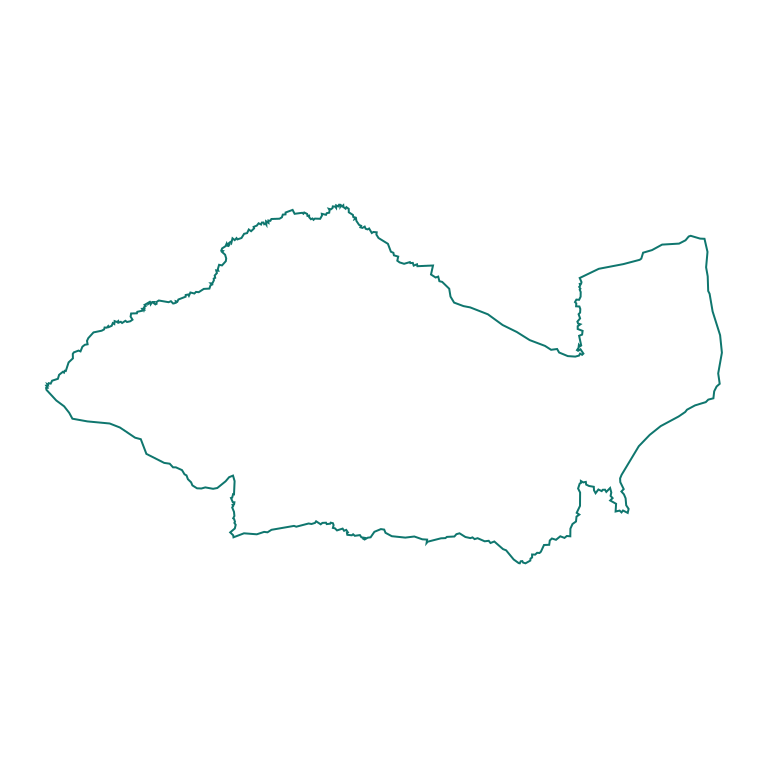 the district of Sawang Arom, Uthai Thani, Thailand
{"feature_id": "78962969B79661322600034", "entity_name": "Sawang Arom", "entity_type": "district", "adm_level": 2, "iso_a3": "THA", "parent_name": "Thailand", "parent_adm1": "Uthai Thani", "projection": "natural_earth1", "projection_center": [99.718, 15.604], "detail": "fine", "context": "isolated", "style": "outline", "palette": "teal", "viewbox_px": 768, "rotation_deg": 0, "n_neighbors": 0, "source": "geoboundaries", "source_scale": "gbopen_adm2", "svg_char_len": 6093}
<svg xmlns="http://www.w3.org/2000/svg" viewBox="0 0 768 768"><path d="M46.5,389.9L56.3,400.5L64.1,406.3L69.2,412.8L72.4,418.7L87.4,421.4L109.7,423.5L119.9,427.5L135.1,437.7L140.8,439.2L146.4,453.9L164.2,462.9L169.7,463.7L173.0,467.3L175.8,467.3L182.0,470.1L184.5,474.3L186.5,475.4L187.9,479.2L191.1,482.3L192.4,485.4L197.0,488.3L201.4,488.5L205.3,487.4L213.1,488.8L217.3,488.0L225.6,481.3L229.1,477.2L233.0,475.6L234.6,481.1L234.0,494.3L233.1,494.1L232.2,497.6L231.0,498.0L232.8,502.2L234.4,502.3L234.1,504.2L232.6,504.9L233.3,505.8L232.2,507.5L234.0,511.9L234.4,516.0L233.2,518.3L234.1,519.0L235.0,521.8L234.4,522.9L235.7,524.8L234.8,528.5L230.2,532.4L233.2,535.3L233.5,537.3L244.0,533.3L256.8,534.3L264.1,531.9L267.5,532.3L271.5,529.8L294.0,525.9L296.3,526.7L308.6,523.5L311.5,524.0L315.0,522.9L316.1,521.3L320.7,524.3L322.4,522.9L326.0,522.7L326.7,524.1L330.2,523.7L330.7,522.7L332.9,523.2L333.6,525.1L332.9,527.9L334.9,528.3L337.0,530.4L342.6,528.6L344.1,530.8L346.2,529.9L347.9,532.4L346.9,532.9L347.3,534.8L351.8,535.3L353.1,534.3L354.8,535.8L359.9,535.1L361.4,537.3L364.4,537.8L363.4,538.8L364.6,539.5L367.7,537.7L370.6,537.3L374.4,531.8L380.9,529.1L384.2,529.6L385.5,532.8L391.8,536.2L405.3,537.6L414.3,536.5L422.3,539.3L427.1,539.6L426.6,543.0L427.7,541.7L441.0,538.3L445.4,538.1L446.9,536.9L454.4,536.5L456.4,534.2L459.5,533.3L465.4,537.0L470.4,538.1L472.5,537.4L474.6,539.1L477.6,538.2L484.7,541.3L488.7,540.8L490.5,543.0L494.3,541.5L503.0,549.1L506.1,550.3L513.7,559.5L518.7,563.1L519.8,563.3L520.7,561.3L522.3,561.1L523.1,562.6L525.5,563.3L530.3,560.6L530.5,558.6L532.1,557.5L532.1,554.5L535.2,554.6L537.1,552.8L539.5,553.0L540.9,551.7L544.0,545.0L549.2,544.8L549.8,540.5L551.9,538.5L556.0,539.8L560.3,536.3L564.5,537.9L566.8,536.0L570.3,536.3L570.4,528.7L572.5,524.0L576.0,521.5L576.5,516.6L579.3,514.6L576.7,512.8L580.0,505.9L580.1,492.5L578.1,488.5L579.7,483.6L580.9,483.0L580.9,481.0L583.2,482.4L585.8,481.9L586.2,484.6L589.1,486.0L593.8,486.8L594.0,490.3L595.6,493.2L598.4,489.5L601.7,491.1L602.7,489.8L605.0,489.7L606.3,491.9L610.1,488.0L611.3,492.5L610.6,495.9L612.6,498.1L610.2,500.5L616.1,503.8L615.6,511.5L619.6,510.6L621.5,512.4L623.0,510.5L627.7,512.9L628.6,508.9L626.2,505.3L625.6,498.3L623.9,494.3L621.4,491.5L623.7,489.1L620.3,482.2L620.1,478.4L621.6,474.8L638.8,446.2L649.8,434.8L660.7,426.1L678.6,416.5L685.2,412.0L687.0,409.7L695.0,405.4L705.8,402.1L708.3,399.6L713.4,398.3L714.2,391.3L716.6,386.5L719.7,383.8L718.2,373.4L721.9,352.7L720.1,335.2L712.6,311.4L709.6,293.8L708.2,291.0L707.7,276.3L706.1,267.3L707.5,251.9L704.5,238.8L700.1,238.6L690.7,235.8L688.7,236.5L685.5,240.3L679.1,243.6L662.1,244.6L652.0,250.1L643.1,252.7L641.3,258.6L639.7,259.8L623.4,264.1L598.8,268.8L579.7,278.0L581.5,282.1L581.1,283.8L579.8,283.9L580.2,285.7L579.2,286.9L580.4,288.7L579.7,289.7L580.7,292.0L580.6,296.7L579.1,299.8L576.4,299.6L575.0,302.1L576.3,303.4L576.1,306.3L579.4,306.5L580.3,309.0L580.1,312.6L578.6,314.2L580.1,318.4L577.4,321.6L578.1,323.5L580.4,324.3L577.7,326.2L577.7,329.0L582.6,330.9L582.1,334.6L579.1,335.8L581.2,345.5L580.0,346.3L578.9,344.9L578.5,347.9L577.0,350.1L578.1,350.8L580.5,349.3L583.4,353.6L582.1,354.8L580.1,353.6L579.0,355.6L575.3,356.6L567.8,356.1L559.1,352.5L557.1,349.0L551.1,349.8L545.0,345.9L529.7,340.1L516.8,332.0L502.6,325.0L487.9,314.3L470.2,307.4L463.5,306.1L454.1,302.6L450.5,296.6L449.2,288.7L442.2,281.9L439.4,281.2L438.2,276.6L435.6,277.5L431.0,274.5L433.0,265.5L417.4,266.2L417.0,264.3L413.7,265.6L412.8,262.9L410.3,263.1L409.9,262.1L404.1,263.8L399.6,262.4L397.3,260.7L398.2,256.6L393.9,255.3L393.4,252.8L390.9,251.7L387.9,243.8L378.5,238.0L376.4,234.6L376.7,232.3L373.4,232.0L371.8,233.0L369.1,228.5L367.6,229.4L365.7,228.8L364.7,226.6L362.4,227.9L360.4,227.3L361.1,225.8L359.1,224.9L356.4,220.9L356.0,218.4L354.6,219.1L355.2,217.5L353.3,217.0L352.9,214.9L348.8,212.3L348.7,208.8L346.4,207.2L345.6,208.7L343.5,207.1L343.3,205.3L342.1,206.4L341.1,205.4L340.3,206.7L340.2,204.8L339.1,204.7L338.1,206.4L336.2,205.4L336.1,207.8L335.2,206.6L332.8,206.4L332.5,208.1L330.9,209.3L328.8,208.8L329.6,210.2L329.2,212.7L326.7,213.2L326.0,214.8L321.8,213.8L322.0,215.5L320.2,218.8L314.9,218.6L313.5,219.8L312.5,218.5L310.9,219.2L309.2,217.3L309.1,215.6L307.5,215.9L307.1,213.9L304.2,212.5L303.4,213.7L302.2,212.8L294.6,213.8L292.6,209.9L285.6,212.5L285.5,214.4L282.8,214.6L281.9,217.3L279.5,218.7L271.4,219.0L270.4,220.8L268.4,220.5L268.5,222.9L266.1,221.3L266.3,224.7L265.5,223.5L264.2,224.2L263.5,222.5L261.8,222.6L261.1,224.5L258.6,223.3L256.8,225.6L253.6,226.9L254.1,228.4L251.1,231.2L248.8,229.5L247.1,233.1L244.1,233.8L241.5,238.0L237.4,239.4L236.5,238.1L234.7,240.1L232.5,238.3L231.3,243.2L230.3,242.0L228.3,243.7L229.4,244.6L228.5,246.0L227.2,245.7L226.6,243.7L225.5,246.2L222.1,248.4L221.3,250.6L223.0,251.0L222.1,252.0L225.1,254.7L226.2,258.5L225.8,261.2L222.0,265.4L219.1,264.8L217.8,269.2L218.3,270.7L216.2,270.4L216.9,273.1L214.7,275.5L215.2,277.8L213.7,278.6L213.9,280.3L212.4,283.3L210.7,283.3L212.0,284.6L210.5,285.3L209.4,288.6L203.8,288.9L198.7,292.2L196.0,291.9L194.4,293.5L190.4,292.5L188.9,295.8L188.2,294.5L185.7,295.0L185.6,296.7L178.4,299.5L177.3,301.8L175.7,301.2L175.9,302.7L174.3,303.3L173.1,303.5L170.9,301.2L168.6,302.2L158.8,300.5L156.4,302.1L156.6,303.8L155.4,304.4L153.6,303.0L154.1,302.0L152.3,302.0L150.7,304.3L150.3,302.5L148.6,303.7L148.9,302.4L144.6,304.9L145.7,306.0L144.0,307.3L144.6,308.6L144.2,309.6L144.0,308.7L142.6,308.8L143.6,309.7L142.3,309.7L142.4,310.7L137.3,311.8L136.9,313.3L131.1,313.5L130.6,316.6L132.5,319.7L130.2,321.3L127.0,322.0L125.4,320.8L122.1,323.0L120.8,321.8L118.4,322.7L118.2,321.1L117.0,322.0L114.6,321.1L114.3,324.0L112.8,323.1L111.7,325.8L108.7,327.1L108.2,326.1L106.8,327.7L104.6,327.5L104.1,329.4L101.7,330.7L93.5,332.4L88.3,338.1L87.0,340.9L87.6,344.3L84.8,344.8L82.4,346.7L80.5,351.4L78.5,350.6L73.8,352.4L72.8,353.9L72.9,358.4L68.6,362.4L65.8,371.0L64.7,370.8L64.0,372.6L62.9,371.8L59.1,374.8L57.9,378.8L52.1,380.7L50.7,383.6L48.7,383.2L48.1,384.7L47.4,384.3L48.0,385.6L46.3,385.7L47.6,387.8L46.1,388.1L46.5,389.9Z" fill="none" stroke="#0f766e" stroke-width="2"/></svg>